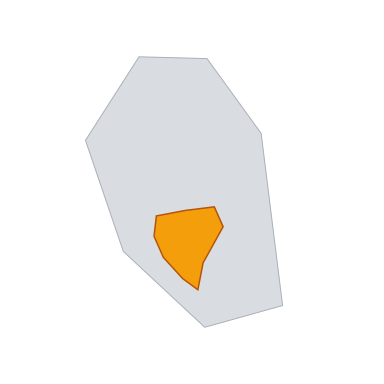 Nauru, with Buada highlighted, rotated 330°
{"feature_id": "NRU-4970", "entity_name": "Buada", "entity_type": "state/province", "adm_level": 1, "iso_a3": "NRU", "parent_name": "Nauru", "parent_adm1": "", "projection": "equal_earth", "projection_center": [166.925, -0.53], "detail": "fine", "context": "in_parent", "style": "filled", "palette": "amber", "viewbox_px": 384, "rotation_deg": 330, "n_neighbors": 0, "source": "natural_earth", "source_scale": "10m", "svg_char_len": 446}
<svg xmlns="http://www.w3.org/2000/svg" viewBox="0 0 384 384"><g transform="rotate(330 192 192)"><path d="M281.2,175.8L213.7,335.6L135.4,315.5L102.8,209.1L125.6,94.0L213.7,48.4L271.7,84.0L281.2,175.8Z" fill="#d9dde1" stroke="#a8b0b8" stroke-width="1"/><path d="M203.9,216.0L201.6,237.6L166.2,258.9L148.2,279.6L140.6,262.2L134.5,234.3L137.0,211.3L149.2,194.9L177.2,204.7L203.9,216.0Z" fill="#f59e0b" stroke="#b45309" stroke-width="1.5"/></g></svg>